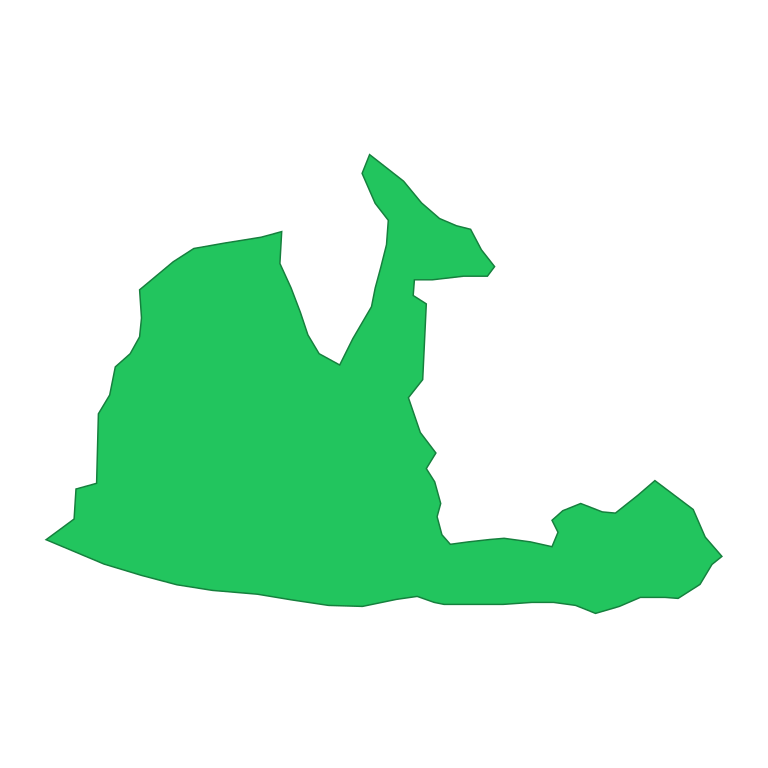 the district of Klepini, Cyprus
{"feature_id": "46923920B25595466119807", "entity_name": "Klepini", "entity_type": "district", "adm_level": 2, "iso_a3": "CYP", "parent_name": "Cyprus", "parent_adm1": "", "projection": "mercator", "projection_center": [33.461, 35.306], "detail": "fine", "context": "isolated", "style": "filled", "palette": "green", "viewbox_px": 768, "rotation_deg": 0, "n_neighbors": 0, "source": "geoboundaries", "source_scale": "gbopen_adm2", "svg_char_len": 1267}
<svg xmlns="http://www.w3.org/2000/svg" viewBox="0 0 768 768"><path d="M721.9,556.4L705.2,537.1L693.2,509.5L654.9,480.6L638.2,495.0L615.4,513.1L602.3,511.9L580.7,503.5L562.8,510.7L552.0,520.3L558.0,532.3L552.0,546.7L530.5,541.9L504.1,538.3L489.8,539.5L468.2,541.9L450.3,544.3L441.9,534.7L437.1,516.7L440.7,503.5L434.7,481.8L426.3,468.6L435.9,453.0L420.3,432.5L408.4,397.7L422.7,379.6L426.3,303.9L413.2,295.5L414.4,279.8L432.3,279.8L463.4,276.2L487.4,276.2L494.6,266.6L481.4,249.8L470.6,229.3L456.3,225.7L439.5,218.5L421.5,202.9L403.6,181.2L369.6,154.6L362.1,173.4L375.2,203.4L388.3,220.3L386.5,244.7L380.8,267.3L375.2,288.0L371.5,306.7L352.8,338.7L339.7,365.0L319.1,353.7L307.9,334.9L300.4,312.4L291.1,288.0L279.9,263.5L281.7,231.6L261.2,237.2L225.6,242.9L193.8,248.5L173.3,261.7L139.6,289.8L141.5,318.0L139.6,336.8L130.2,353.7L115.3,366.9L109.7,395.0L98.4,413.8L96.6,483.3L76.0,489.0L74.1,519.0L46.1,539.7L104.1,564.1L141.5,575.4L177.0,584.8L212.5,590.4L257.4,594.2L291.1,599.8L328.5,605.4L362.5,606.4L396.3,599.4L417.2,596.4L434.2,602.4L444.1,604.4L467.0,604.4L502.9,604.4L531.7,602.4L553.6,602.4L575.6,605.4L595.5,613.4L619.4,606.4L640.3,597.4L665.2,597.4L678.1,598.4L700.0,584.4L712.0,564.4L721.9,556.4Z" fill="#22c55e" stroke="#15803d" stroke-width="1.5"/></svg>